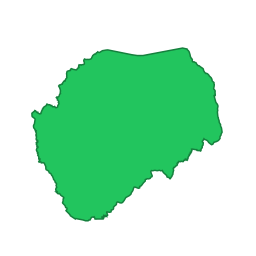 Veal Veaeng, Pouthisat, Cambodia, rotated 165°
{"feature_id": "14789045B9222272664434", "entity_name": "Veal Veaeng", "entity_type": "district", "adm_level": 2, "iso_a3": "KHM", "parent_name": "Cambodia", "parent_adm1": "Pouthisat", "projection": "robinson", "projection_center": [103.138, 12.256], "detail": "fine", "context": "isolated", "style": "filled", "palette": "green", "viewbox_px": 256, "rotation_deg": 165, "n_neighbors": 0, "source": "geoboundaries", "source_scale": "gbopen_adm2", "svg_char_len": 5775}
<svg xmlns="http://www.w3.org/2000/svg" viewBox="0 0 256 256"><g transform="rotate(165 128 128)"><path d="M51.7,90.3L50.4,90.3L48.6,92.0L48.0,91.9L47.2,92.0L46.0,92.0L44.0,92.5L42.9,93.2L41.8,94.1L41.6,95.3L41.0,96.3L40.2,96.8L39.5,98.2L38.2,99.6L37.7,103.9L38.1,106.0L37.7,107.5L38.2,108.9L38.4,109.9L38.1,111.5L38.3,113.7L38.1,114.6L38.3,115.6L37.5,120.5L36.8,121.6L36.6,123.4L35.5,125.7L35.4,126.6L35.6,127.9L36.5,130.0L36.5,135.9L36.4,137.1L36.2,137.2L35.4,136.8L35.2,137.1L34.7,140.0L34.3,141.0L34.3,141.7L34.7,142.8L35.1,143.4L35.1,143.8L33.9,146.3L33.4,147.8L33.5,148.5L33.2,149.7L34.0,150.8L34.4,151.6L34.5,152.2L34.3,153.3L34.7,155.1L36.0,157.2L36.4,158.6L37.2,159.8L38.0,160.5L38.7,160.5L39.6,162.0L40.1,163.9L40.0,165.5L40.5,166.4L42.5,168.7L42.9,169.4L43.5,169.9L44.1,170.0L45.0,171.6L45.5,173.6L46.5,174.1L47.1,174.9L47.9,174.9L48.4,175.3L48.6,176.3L48.2,177.1L48.3,177.8L48.5,178.7L48.9,179.1L49.3,181.3L49.1,182.2L49.2,185.6L49.6,186.9L50.5,188.3L50.5,189.0L54.6,191.1L94.7,194.1L100.1,195.5L105.2,197.7L127.2,208.6L128.6,208.9L132.7,209.3L136.0,208.3L136.9,208.7L137.5,209.4L138.1,208.9L139.0,208.8L140.1,207.8L140.8,208.1L141.8,207.8L143.3,207.1L145.4,204.6L146.4,204.2L148.1,204.3L148.8,204.6L151.1,205.1L152.1,205.9L152.7,205.5L153.4,204.3L153.2,202.8L153.6,201.2L154.6,200.8L156.1,201.1L156.9,200.8L157.3,201.3L158.4,201.4L158.9,201.7L159.8,200.4L159.6,199.4L160.0,199.0L161.2,198.8L162.3,197.7L163.1,197.5L166.4,199.2L166.9,199.8L167.4,200.0L168.4,199.5L168.7,198.5L171.3,198.6L172.2,198.4L173.3,196.4L173.5,194.6L173.9,193.7L174.0,192.4L175.2,191.6L176.0,190.8L176.5,189.7L177.0,189.6L177.4,190.0L178.3,189.4L179.7,188.2L180.1,187.4L180.9,187.6L182.0,187.1L183.1,187.3L184.1,186.5L183.6,184.3L183.5,182.8L183.6,181.2L184.2,180.1L184.3,178.7L184.9,178.6L185.7,177.7L186.2,176.7L187.1,176.1L188.0,176.1L188.6,176.4L189.4,175.9L189.2,175.4L188.4,174.9L189.0,173.4L188.4,172.8L188.1,171.4L188.7,170.6L188.3,170.0L188.4,169.4L190.1,167.7L190.6,166.5L191.5,166.2L192.5,166.3L192.8,166.6L193.2,167.7L193.5,167.5L195.5,168.1L195.8,169.5L197.0,169.7L197.2,170.4L197.7,170.8L198.6,170.9L200.1,172.1L200.6,171.7L200.9,170.9L203.6,170.1L204.9,169.2L204.9,168.7L205.8,168.4L206.2,167.5L207.1,166.7L207.4,165.9L208.0,165.6L208.1,164.8L208.5,164.4L209.8,164.5L211.0,165.8L211.1,166.6L211.7,166.3L212.2,166.8L212.8,168.5L213.5,169.0L214.0,168.3L214.5,168.3L217.0,167.1L217.5,165.0L217.6,163.8L215.6,161.2L215.5,160.4L217.3,156.3L218.5,155.0L218.8,154.3L219.0,152.9L218.9,152.3L218.2,150.8L218.4,150.2L217.5,149.2L218.2,148.5L218.1,148.0L217.8,148.0L218.0,146.4L218.4,145.3L218.8,145.1L218.8,144.9L218.4,144.6L218.8,143.9L218.6,143.6L219.0,142.2L219.4,141.6L219.6,140.9L219.6,140.7L219.2,140.3L219.4,139.9L218.5,139.4L218.6,138.8L219.2,138.4L218.7,138.2L218.7,137.9L219.4,137.3L220.1,137.8L220.5,137.5L220.4,136.1L220.8,135.6L220.3,134.7L220.8,133.6L219.9,133.3L219.9,132.7L220.2,132.3L221.1,132.1L222.0,130.9L222.2,130.2L221.9,129.5L222.1,128.6L221.7,128.3L221.4,127.5L222.0,126.9L221.6,125.9L222.2,125.0L221.9,124.5L221.7,122.9L222.2,121.3L221.0,120.9L221.0,120.7L221.8,120.2L221.7,119.0L222.3,119.2L222.8,118.8L222.5,118.4L222.6,118.0L221.4,118.0L220.9,117.7L220.9,116.9L220.7,116.7L218.7,116.4L218.3,115.9L218.0,115.8L217.4,112.0L217.9,109.8L217.8,108.9L215.9,107.1L215.6,105.0L214.4,104.1L213.9,101.9L213.5,101.3L213.1,98.5L213.2,97.7L212.6,96.5L212.2,95.0L212.4,94.7L212.2,93.9L211.5,93.2L211.5,92.9L211.6,92.2L212.3,91.2L212.2,89.1L213.1,88.5L213.8,87.1L213.7,85.8L213.0,85.2L212.7,84.5L212.9,83.8L213.6,84.2L212.7,82.7L212.0,82.4L211.1,82.4L210.3,80.4L208.0,77.6L208.3,76.8L209.0,76.3L209.5,74.4L210.6,72.7L210.5,72.3L208.9,69.3L208.8,67.3L207.8,66.6L207.8,65.7L208.3,64.9L208.9,64.6L209.3,64.2L207.0,60.2L206.4,58.8L206.4,58.2L202.5,53.8L202.3,54.1L201.7,54.0L195.0,50.7L193.1,49.4L190.5,48.7L189.9,49.2L188.6,49.0L188.3,49.1L188.3,49.5L187.3,50.1L187.0,50.6L186.4,51.1L185.6,51.2L184.7,51.0L184.5,50.8L183.7,51.0L183.4,49.3L183.4,48.6L176.1,46.7L175.3,46.6L175.0,46.9L175.3,48.0L176.1,48.2L176.3,48.7L176.1,48.8L175.7,48.6L174.8,48.6L174.5,49.2L174.4,48.6L174.1,48.4L173.8,49.2L173.6,49.3L173.6,49.0L173.3,48.5L173.0,48.8L173.1,49.4L172.8,49.5L172.7,48.7L172.4,48.3L172.1,48.3L172.1,48.5L171.6,48.8L171.3,48.2L171.0,48.9L170.3,49.0L170.2,49.9L170.5,51.7L170.1,52.4L167.4,51.3L166.1,51.4L165.3,53.2L164.4,53.0L163.5,53.2L163.0,53.6L162.6,54.5L162.5,55.3L161.4,56.0L159.3,56.9L159.0,57.2L158.4,58.6L157.8,59.2L157.5,59.3L156.3,58.8L155.3,57.9L154.4,57.5L153.5,57.3L152.5,57.5L150.5,59.0L148.1,61.4L144.0,62.4L142.2,63.4L141.6,64.5L139.5,66.3L138.5,68.0L137.6,69.2L136.6,69.2L133.6,67.1L132.3,67.1L132.1,67.3L131.9,68.5L130.1,68.8L127.1,71.2L125.2,72.2L125.0,72.5L124.8,73.6L124.5,73.8L123.2,73.8L122.7,74.1L121.1,73.5L119.7,73.6L118.4,74.7L117.4,74.8L117.0,75.5L117.3,78.4L117.3,79.9L117.2,80.2L116.3,80.8L115.2,80.3L113.0,80.2L110.9,79.2L108.5,79.0L107.3,78.1L105.8,78.1L105.4,75.9L103.0,72.2L102.9,70.5L101.3,69.6L100.7,68.2L100.2,68.1L99.3,69.1L98.2,69.8L97.6,70.9L96.8,71.4L95.7,74.0L94.9,75.2L94.8,77.1L94.0,78.0L93.5,77.7L91.7,78.9L90.6,79.1L89.8,79.7L89.8,81.0L88.9,81.8L88.5,81.5L88.4,81.9L88.0,82.0L87.6,82.5L87.3,82.2L87.0,82.3L85.8,81.8L85.4,82.1L84.5,81.9L84.2,81.5L83.2,81.3L82.6,82.2L82.2,82.4L81.6,82.1L81.4,82.5L80.8,83.1L80.6,82.5L80.3,82.2L80.0,82.4L79.3,81.5L78.8,81.8L78.7,82.8L78.0,82.9L77.7,83.9L76.9,84.9L75.7,85.7L75.7,86.7L75.4,86.8L75.1,86.6L74.1,87.1L74.2,88.2L74.0,88.5L73.0,88.3L72.7,88.7L72.4,89.7L72.0,89.9L72.0,91.1L71.1,90.9L68.3,89.6L67.1,89.3L67.2,88.5L65.9,87.9L65.0,88.0L64.1,87.0L63.6,87.1L63.3,87.4L63.2,88.2L62.4,89.1L61.4,89.8L61.1,91.2L60.0,92.0L59.1,94.2L59.8,95.4L59.4,96.2L58.9,96.4L57.4,98.0L57.0,97.1L56.1,96.6L54.9,95.6L54.3,94.7L53.8,93.1L51.7,90.3Z" fill="#22c55e" stroke="#15803d" stroke-width="1.5"/></g></svg>